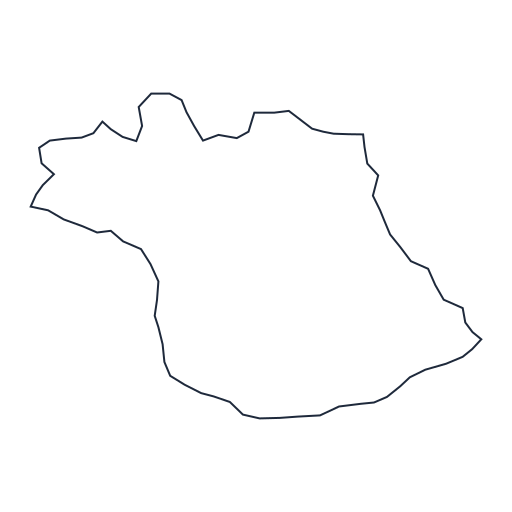 Sarzedo, Minas Gerais, Brazil
{"feature_id": "56859067B34966160982141", "entity_name": "Sarzedo", "entity_type": "district", "adm_level": 2, "iso_a3": "BRA", "parent_name": "Brazil", "parent_adm1": "Minas Gerais", "projection": "mercator", "projection_center": [-44.126, -20.058], "detail": "fine", "context": "isolated", "style": "outline", "palette": "slate", "viewbox_px": 512, "rotation_deg": 0, "n_neighbors": 0, "source": "geoboundaries", "source_scale": "gbopen_adm2", "svg_char_len": 1118}
<svg xmlns="http://www.w3.org/2000/svg" viewBox="0 0 512 512"><path d="M30.7,206.6L48.1,210.3L63.7,219.4L82.7,226.3L97.1,232.5L110.8,230.8L123.1,241.4L141.0,249.1L150.5,264.1L158.4,281.4L157.0,300.0L154.7,315.8L158.4,327.2L162.6,344.2L164.4,362.0L170.2,375.8L184.6,384.7L201.1,393.1L213.6,396.4L229.9,402.0L242.9,414.6L259.6,418.4L279.8,417.9L297.7,416.6L320.0,415.4L339.0,406.5L360.8,403.8L374.0,402.5L387.0,396.9L400.3,386.2L409.8,377.3L425.3,369.7L446.2,363.7L462.7,356.8L472.2,349.1L481.3,339.3L472.5,332.1L465.3,322.5L462.7,308.1L443.7,299.7L435.3,285.1L428.1,268.8L410.9,261.2L400.3,247.1L390.1,234.5L384.7,221.6L380.1,210.3L372.9,195.7L378.2,175.4L367.3,163.6L364.5,147.0L363.1,134.4L348.5,134.2L333.6,133.7L323.2,131.7L312.1,128.7L288.8,110.9L274.0,112.7L254.3,112.7L248.5,131.7L236.8,138.1L218.5,134.9L203.0,140.6L194.1,126.0L186.5,112.2L181.6,100.1L169.5,93.6L151.2,93.6L138.7,107.0L142.1,126.0L136.3,141.1L122.6,136.9L110.8,129.2L102.4,121.6L93.4,133.2L81.6,137.6L66.0,138.6L49.8,140.6L39.1,147.8L41.6,163.3L53.9,174.2L42.8,185.1L36.1,194.5L30.7,206.6Z" fill="none" stroke="#1e293b" stroke-width="2"/></svg>